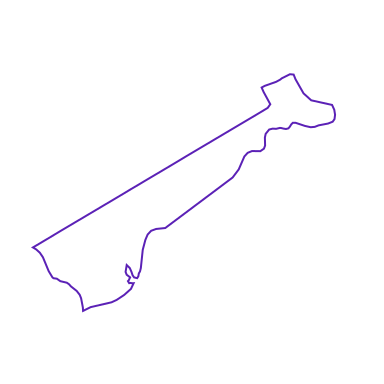 the border of North Bank, rotated 329°
{"feature_id": "GMB-5513", "entity_name": "North Bank", "entity_type": "Division", "adm_level": 1, "iso_a3": "GMB", "parent_name": "Gambia", "parent_adm1": "", "projection": "equal_earth", "projection_center": [-15.943, 13.489], "detail": "fine", "context": "isolated", "style": "outline", "palette": "violet", "viewbox_px": 384, "rotation_deg": 329, "n_neighbors": 0, "source": "natural_earth", "source_scale": "10m", "svg_char_len": 1446}
<svg xmlns="http://www.w3.org/2000/svg" viewBox="0 0 384 384"><g transform="rotate(329 192 192)"><path d="M300.2,158.9L304.3,157.1L304.9,143.1L305.5,138.3L309.1,138.5L320.9,140.9L325.5,141.1L327.5,140.8L336.6,141.5L339.6,143.7L338.8,148.6L338.4,164.9L341.4,174.8L356.9,189.5L356.3,194.8L354.4,199.5L351.7,202.9L348.8,204.2L343.9,203.4L334.9,200.1L330.8,199.4L327.1,197.6L322.8,193.5L316.4,186.0L314.1,184.6L311.8,185.2L309.5,186.4L307.4,187.1L305.0,186.4L303.0,184.7L301.4,183.1L300.3,182.3L296.7,181.2L293.7,179.2L290.3,178.2L285.1,180.1L282.5,182.9L278.6,189.8L276.0,191.9L271.6,192.2L264.5,187.8L259.9,187.1L255.2,188.5L243.7,196.7L234.3,200.5L150.5,209.1L142.2,205.2L137.0,204.2L132.1,205.6L127.4,209.0L120.0,216.2L109.0,230.8L106.5,233.3L104.5,234.4L102.6,236.6L100.6,237.6L98.4,235.4L98.2,232.8L99.0,229.2L99.5,225.1L98.4,221.0L93.9,226.3L93.4,229.3L95.0,233.3L92.3,235.1L91.2,235.4L91.2,237.8L92.5,238.3L93.7,239.4L95.0,240.1L89.8,243.6L80.9,245.3L71.8,245.7L66.2,245.1L45.9,238.5L37.4,237.8L39.0,234.7L42.2,226.0L42.8,222.3L42.2,217.4L39.6,210.5L39.1,207.8L38.0,205.3L33.2,200.6L31.5,196.7L28.9,194.6L28.4,193.3L28.4,186.0L30.6,171.2L30.3,165.7L28.9,161.0L27.1,157.6L43.5,157.7L59.8,157.7L76.0,157.8L92.3,157.9L108.6,158.0L124.8,158.1L141.1,158.1L151.7,158.2L157.3,158.2L173.6,158.3L189.9,158.4L206.1,158.4L222.4,158.5L238.6,158.6L254.9,158.7L271.2,158.8L287.4,158.9L300.2,158.9Z" fill="none" stroke="#5b21b6" stroke-width="2"/></g></svg>